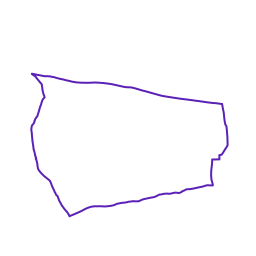 Lat Phrao, Bangkok Metropolis, Thailand, rotated 256°
{"feature_id": "78962969B95574148528109", "entity_name": "Lat Phrao", "entity_type": "district", "adm_level": 2, "iso_a3": "THA", "parent_name": "Thailand", "parent_adm1": "Bangkok Metropolis", "projection": "robinson", "projection_center": [100.606, 13.822], "detail": "fine", "context": "isolated", "style": "outline", "palette": "violet", "viewbox_px": 256, "rotation_deg": 256, "n_neighbors": 0, "source": "geoboundaries", "source_scale": "gbopen_adm2", "svg_char_len": 5090}
<svg xmlns="http://www.w3.org/2000/svg" viewBox="0 0 256 256"><g transform="rotate(256 128 128)"><path d="M164.7,144.6L165.7,142.7L166.6,140.9L166.9,140.0L168.1,135.9L169.1,133.6L170.5,130.8L170.8,130.2L173.0,125.8L174.9,121.9L177.5,115.2L178.1,113.4L178.8,111.3L179.4,109.4L179.8,108.0L180.2,106.7L180.9,103.1L181.3,101.2L182.0,98.3L182.5,96.5L183.0,94.6L183.4,93.1L184.1,90.9L184.9,88.6L186.0,86.1L186.4,85.1L187.4,83.3L189.5,79.1L190.8,76.8L192.3,73.6L193.2,72.0L193.7,71.1L195.4,68.2L195.7,67.3L196.5,65.7L196.8,65.3L196.9,64.8L197.4,63.5L197.8,62.2L198.2,60.3L198.8,58.8L199.4,57.5L200.5,55.2L201.6,52.7L202.8,50.3L204.2,47.3L200.9,50.2L200.1,50.8L198.1,51.6L196.2,52.5L192.8,54.1L191.8,54.6L191.1,54.9L190.9,54.9L189.8,54.7L188.3,54.6L188.0,54.6L186.2,54.3L184.9,54.2L183.6,54.2L182.2,54.2L181.0,54.2L180.8,54.2L180.7,54.3L179.4,54.5L179.1,54.5L177.8,54.4L177.6,54.1L177.1,53.2L176.9,52.9L176.7,52.6L176.1,52.1L175.5,51.5L174.5,50.9L173.3,50.1L172.4,49.7L171.6,49.2L171.2,48.9L170.6,48.4L170.2,48.2L169.6,47.7L169.2,47.5L167.1,46.3L166.2,45.8L165.4,45.3L165.0,45.1L164.5,44.8L164.0,44.4L162.8,43.7L161.7,43.1L161.5,42.9L161.3,42.8L160.7,42.0L160.6,41.7L159.3,40.4L159.2,40.3L159.0,40.1L158.2,39.6L157.5,39.0L157.4,38.9L157.2,38.9L156.8,38.7L156.4,38.6L156.0,38.2L155.6,37.9L154.6,36.8L154.5,36.5L153.9,35.7L153.5,35.4L153.3,35.2L153.1,35.1L152.2,34.7L150.7,34.1L149.9,33.8L149.6,33.8L149.2,33.7L147.5,33.5L147.2,33.5L146.7,33.5L145.2,33.2L143.9,33.0L141.9,32.7L139.8,32.4L139.6,32.4L139.2,32.2L138.9,32.1L138.5,32.2L138.3,32.2L137.2,32.0L135.1,31.9L133.8,31.7L133.0,31.6L132.0,31.5L130.8,31.4L130.5,31.3L130.3,31.2L130.2,31.2L129.8,31.3L129.6,31.4L128.5,31.4L127.2,31.4L124.7,31.4L124.1,31.2L123.9,31.2L123.7,31.2L122.9,31.4L122.8,31.5L122.7,31.5L122.0,31.5L121.8,31.4L121.6,31.3L121.4,31.3L121.3,31.5L121.2,31.5L121.0,31.4L120.9,31.2L120.6,31.1L120.4,31.1L120.1,31.4L119.7,31.2L119.4,31.2L119.2,31.3L118.8,31.4L117.4,31.4L117.0,31.4L116.4,31.3L116.0,31.3L115.8,31.3L115.7,31.3L115.2,31.4L113.7,31.1L113.0,31.0L112.0,31.0L111.3,30.9L110.1,30.9L109.7,31.0L109.4,31.0L109.1,31.1L108.7,31.3L107.2,31.9L106.4,32.2L105.7,32.6L105.2,32.9L105.0,33.0L102.6,34.4L101.5,35.1L96.9,38.6L95.6,39.5L92.0,40.1L90.3,40.2L88.7,40.5L87.1,40.8L85.3,41.2L84.8,41.3L84.6,41.3L83.9,41.3L82.6,41.8L81.1,42.0L80.9,42.0L80.3,42.3L80.2,42.3L78.9,43.2L78.7,43.2L77.8,43.3L77.5,43.3L75.9,43.5L74.5,43.6L73.0,44.0L70.7,44.6L69.0,45.0L67.1,45.8L65.6,46.4L64.8,46.7L63.4,47.4L62.6,47.8L61.9,48.2L61.3,48.5L60.8,48.7L59.3,49.3L58.5,49.5L56.6,49.9L56.6,50.1L56.7,50.5L57.2,54.1L57.8,57.7L58.0,58.8L58.2,60.0L58.4,61.1L58.7,62.4L59.1,64.3L59.6,66.1L60.0,68.0L60.2,69.1L60.3,70.1L60.4,71.7L60.5,72.9L60.5,73.4L60.4,74.6L60.3,74.8L60.2,76.2L60.1,76.7L60.0,77.3L59.5,78.9L59.2,80.7L58.1,84.5L57.8,85.4L57.6,86.1L57.4,87.0L57.3,87.6L57.0,89.2L56.8,91.4L56.6,92.4L56.6,93.5L56.5,94.8L56.6,96.2L56.7,96.8L56.8,97.1L56.9,97.9L57.0,98.2L57.1,98.6L57.1,98.8L57.1,99.2L57.0,101.3L56.9,103.2L56.8,104.1L56.7,105.1L56.5,106.0L56.4,107.2L56.2,108.8L56.3,109.8L56.3,110.2L56.3,110.7L56.0,112.8L55.7,115.6L55.6,115.8L55.6,116.0L55.2,116.8L54.7,118.8L54.4,120.4L54.3,120.7L54.3,120.8L54.4,121.0L55.0,124.3L55.1,124.8L55.1,126.2L55.1,127.0L55.1,127.7L55.1,127.8L55.1,128.3L55.1,128.5L55.0,129.6L55.0,130.0L55.0,130.3L54.9,133.4L54.9,133.7L54.7,135.3L54.7,136.8L54.7,137.3L54.8,138.1L55.3,140.3L55.8,142.2L55.5,144.3L55.5,145.4L55.5,146.0L55.5,146.7L55.4,147.2L54.9,150.1L54.8,150.4L54.2,152.1L54.1,152.4L54.1,152.7L54.0,153.0L54.0,154.9L54.0,156.2L54.0,156.7L54.0,157.1L54.0,157.4L53.9,157.7L53.8,158.3L53.3,160.0L52.7,161.4L52.6,161.8L52.6,162.0L52.6,162.5L52.9,164.3L53.0,164.5L53.2,164.8L53.3,164.9L53.7,166.3L53.7,166.6L53.6,166.8L54.1,168.9L54.3,169.2L54.3,169.4L54.3,170.0L54.1,171.3L53.7,173.5L53.5,175.8L53.4,177.2L53.3,181.8L53.1,186.4L53.1,186.9L53.2,187.7L53.3,190.1L53.3,190.8L53.2,191.3L51.9,195.8L51.8,196.0L51.9,196.3L52.0,196.5L53.3,196.6L54.5,196.6L55.3,196.6L55.8,196.6L57.5,196.5L58.3,196.5L58.9,196.7L60.0,196.9L61.2,197.0L62.7,197.4L64.5,197.9L66.0,198.3L66.9,198.6L70.1,199.8L70.9,200.1L71.6,200.4L72.9,200.8L74.2,201.3L76.5,201.9L76.8,202.0L77.0,202.1L76.9,202.8L76.6,204.0L75.7,208.1L75.5,209.1L76.7,209.4L78.9,209.9L79.5,210.1L79.5,212.5L81.5,214.7L82.8,216.0L84.6,217.9L86.2,219.6L86.6,220.0L87.0,220.3L87.5,220.5L88.0,220.7L89.0,220.9L90.8,221.3L92.4,221.6L94.3,222.1L96.0,222.4L97.9,222.7L99.1,222.9L101.0,223.2L102.8,223.5L105.0,223.8L105.7,223.9L106.0,223.9L106.5,223.8L107.2,223.5L107.7,223.3L107.9,223.3L108.2,223.3L110.4,223.4L110.6,223.4L110.8,223.4L111.6,223.5L113.4,223.7L114.4,223.8L116.8,224.2L117.6,224.3L119.1,224.5L119.8,224.6L121.1,224.7L121.9,224.7L123.0,224.7L124.3,224.8L125.6,224.9L126.2,224.9L128.5,225.1L130.8,219.3L131.8,216.2L133.2,212.5L134.0,210.5L135.3,207.4L135.7,206.3L136.0,205.6L136.6,204.1L137.0,203.2L137.8,201.0L138.6,199.1L139.5,196.9L140.4,194.5L140.9,193.4L142.2,189.9L144.1,185.0L145.8,181.0L146.3,179.7L149.0,173.3L151.1,168.5L151.7,167.5L152.2,166.5L154.6,162.3L159.1,154.4L160.9,151.0L163.3,147.0L164.7,144.6Z" fill="none" stroke="#5b21b6" stroke-width="2"/></g></svg>